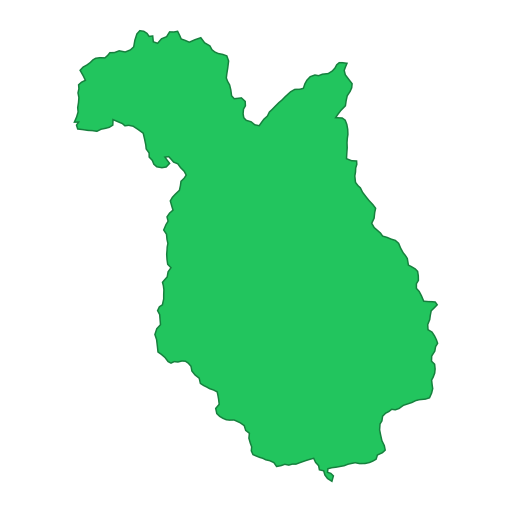 Baependi, Minas Gerais, Brazil
{"feature_id": "56859067B1799797383135", "entity_name": "Baependi", "entity_type": "district", "adm_level": 2, "iso_a3": "BRA", "parent_name": "Brazil", "parent_adm1": "Minas Gerais", "projection": "orthographic", "projection_center": [-44.832, -22.017], "detail": "fine", "context": "isolated", "style": "filled", "palette": "green", "viewbox_px": 512, "rotation_deg": 0, "n_neighbors": 0, "source": "geoboundaries", "source_scale": "gbopen_adm2", "svg_char_len": 4459}
<svg xmlns="http://www.w3.org/2000/svg" viewBox="0 0 512 512"><path d="M347.0,63.3L342.5,62.7L339.2,62.7L336.7,64.8L335.0,68.0L332.3,71.0L328.2,73.6L322.4,74.2L318.6,75.7L314.9,75.0L310.2,76.7L306.9,80.2L304.9,83.8L303.4,88.3L299.8,89.3L294.8,89.4L290.6,91.8L285.3,96.6L282.0,100.0L278.9,102.6L275.4,106.1L272.1,109.5L269.4,112.0L267.4,116.1L263.9,119.2L261.6,122.3L259.2,125.7L254.8,124.8L251.1,121.8L246.2,120.3L243.8,117.7L243.1,113.8L243.5,109.1L245.4,105.8L245.2,101.4L241.4,97.9L238.2,98.3L234.2,98.7L231.6,95.8L230.8,89.9L229.6,84.9L227.6,81.4L226.3,78.0L226.8,73.8L227.7,68.2L228.6,61.0L226.8,55.9L222.7,54.4L218.1,53.5L214.8,52.0L212.0,49.8L209.9,45.9L204.6,42.8L200.8,37.7L195.0,39.7L189.3,42.2L184.9,40.3L181.2,39.0L179.7,35.5L177.6,31.3L173.9,32.0L169.6,31.9L166.6,36.7L161.5,38.8L157.6,43.3L153.3,41.8L152.7,36.0L149.1,36.4L147.0,33.4L143.8,31.3L139.8,30.7L136.9,33.9L134.9,40.1L133.7,46.9L130.4,49.9L125.2,52.0L119.2,50.8L114.4,52.6L109.9,52.7L107.7,55.4L104.9,57.9L99.9,57.7L95.6,58.3L92.9,59.9L90.2,62.6L86.9,65.0L83.1,67.1L80.1,70.3L83.3,75.9L85.4,80.3L81.5,82.2L78.6,84.8L78.9,88.7L78.0,92.9L78.9,97.6L78.5,102.6L77.7,107.6L78.1,112.0L76.6,117.0L74.4,122.1L78.6,122.1L76.5,125.1L77.7,129.0L82.8,129.6L88.0,130.4L92.4,130.6L96.9,131.3L101.1,129.2L105.6,128.3L109.3,127.3L112.8,125.1L113.0,119.6L118.6,122.0L122.4,123.6L124.9,125.8L128.7,125.3L133.1,126.2L138.0,129.4L143.2,133.2L144.6,139.2L145.8,145.0L146.2,148.9L149.1,153.0L149.2,157.1L152.3,160.4L153.9,164.3L156.8,166.8L161.9,167.7L166.2,167.0L169.6,163.4L167.3,160.4L164.9,157.1L168.7,156.6L171.2,159.3L173.6,162.1L177.8,163.8L180.6,167.7L184.2,171.3L186.2,175.1L184.1,178.3L181.0,181.3L180.4,185.8L179.4,190.3L175.3,194.2L172.4,197.3L170.3,200.9L171.7,205.8L173.0,210.1L169.6,213.1L167.0,216.9L168.1,221.2L166.0,224.6L163.7,230.0L166.5,234.2L167.0,239.4L167.9,243.4L167.2,247.0L167.0,250.6L166.7,254.2L167.0,259.4L167.7,264.3L171.0,267.7L168.1,271.8L167.2,276.9L164.7,279.7L162.5,282.3L163.4,285.8L163.9,289.9L163.7,294.6L163.7,299.0L162.4,304.8L159.4,306.8L157.6,310.6L159.7,314.6L160.1,319.7L160.5,324.7L156.8,328.7L154.9,334.5L156.6,339.6L157.4,346.4L158.0,352.0L161.4,354.4L165.0,357.5L168.1,361.6L171.0,363.1L174.2,361.6L177.9,362.0L181.9,361.0L185.4,361.2L188.2,363.1L191.0,366.3L191.9,371.0L195.0,374.9L199.2,378.2L200.4,383.4L203.6,385.5L206.7,387.0L209.7,388.7L213.6,390.0L217.2,391.9L218.0,395.7L218.6,399.2L219.2,404.3L215.7,408.4L216.8,413.6L219.7,416.4L222.9,418.3L226.2,419.7L229.5,420.1L234.1,420.0L240.1,422.7L244.2,425.6L245.7,430.4L249.4,433.3L248.9,438.2L250.3,443.1L251.7,446.9L251.3,450.8L253.0,454.6L256.2,456.0L259.7,457.4L262.8,458.3L265.8,459.8L269.8,460.7L273.9,462.6L276.6,466.5L281.1,465.6L284.8,464.3L288.8,465.1L292.3,464.1L296.0,464.1L300.0,462.6L305.7,460.6L309.9,459.3L313.7,458.3L315.6,462.4L318.6,465.7L319.4,469.8L323.7,470.8L324.9,475.0L327.5,478.5L331.9,481.3L333.4,475.9L330.8,473.4L327.5,472.3L327.9,468.7L331.9,467.7L336.0,467.2L339.3,466.6L344.2,465.7L348.0,464.2L351.2,463.5L355.2,462.7L359.6,463.6L365.1,463.5L369.5,462.5L372.8,461.1L376.1,459.2L377.4,455.0L382.4,452.7L385.2,450.1L384.3,445.6L381.9,440.7L380.7,435.4L379.6,429.9L380.0,424.0L381.9,420.9L382.6,416.2L385.6,413.2L388.9,411.5L391.7,409.3L395.3,409.8L399.0,408.5L403.4,405.3L408.0,403.8L411.9,402.5L415.7,400.6L419.2,399.7L425.4,399.1L429.5,397.8L431.6,393.1L432.7,388.6L432.1,384.6L431.6,380.1L433.2,377.1L434.7,373.1L435.1,369.0L434.6,364.2L431.5,361.2L431.7,356.0L434.8,351.1L435.6,346.6L437.6,343.3L436.4,339.8L434.5,335.9L432.0,332.1L428.0,329.7L427.7,324.6L429.7,319.6L430.3,315.3L431.2,310.8L434.5,307.6L437.2,304.8L435.2,302.0L432.0,301.7L428.2,301.6L423.7,301.2L421.5,295.9L419.2,291.5L416.4,288.4L416.4,283.7L418.4,280.4L418.3,275.8L417.6,271.4L415.2,268.9L411.5,266.7L408.4,265.1L407.3,258.5L405.3,255.4L403.1,252.7L400.6,248.1L398.6,243.3L395.3,240.4L391.1,239.1L387.1,237.4L382.6,236.1L380.5,233.1L377.9,230.8L374.2,227.6L371.7,223.3L374.1,218.2L374.7,212.5L375.6,208.3L373.0,204.8L368.8,200.3L365.7,196.4L362.5,192.2L360.4,187.9L358.0,185.7L355.5,182.4L354.8,176.0L355.5,172.0L355.7,167.9L356.8,164.4L356.6,161.0L351.5,160.7L346.5,158.7L346.8,153.1L347.2,147.8L347.0,142.7L347.3,138.4L347.9,134.4L347.7,129.3L346.8,124.4L345.2,120.2L342.2,118.0L335.6,117.7L337.6,114.7L340.7,110.6L345.4,105.8L346.1,100.9L347.2,95.8L350.1,91.4L351.7,87.8L352.1,83.7L349.0,79.7L345.3,74.8L344.2,70.4L345.6,66.6L347.0,63.3Z" fill="#22c55e" stroke="#15803d" stroke-width="1.5"/></svg>